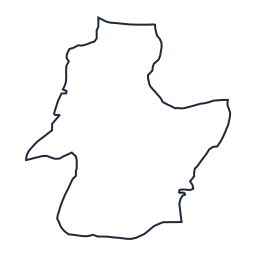 Qafl Shammar, Hajjah, Yemen, rotated 269°
{"feature_id": "15242507B49516524141793", "entity_name": "Qafl Shammar", "entity_type": "district", "adm_level": 2, "iso_a3": "YEM", "parent_name": "Yemen", "parent_adm1": "Hajjah", "projection": "natural_earth1", "projection_center": [43.357, 15.907], "detail": "fine", "context": "isolated", "style": "outline", "palette": "slate", "viewbox_px": 256, "rotation_deg": 269, "n_neighbors": 0, "source": "geoboundaries", "source_scale": "gbopen_adm2", "svg_char_len": 2625}
<svg xmlns="http://www.w3.org/2000/svg" viewBox="0 0 256 256"><g transform="rotate(269 128 128)"><path d="M97.7,25.6L101.5,42.1L101.5,46.4L99.9,50.3L98.5,54.3L98.6,59.1L100.6,62.5L102.4,66.9L104.4,71.4L100.6,75.3L96.7,76.2L92.9,76.1L92.4,76.1L89.0,76.0L85.0,75.1L82.7,75.1L81.1,75.1L78.1,71.9L74.2,69.9L70.1,67.9L66.1,65.9L65.5,65.5L61.8,63.6L59.7,62.7L57.6,61.8L54.0,60.3L50.4,58.9L46.7,57.8L42.7,56.4L38.7,55.6L36.6,56.7L35.0,57.4L31.3,58.7L27.9,60.9L25.1,63.6L22.7,66.9L22.2,71.4L21.4,76.2L20.7,81.0L20.5,85.6L21.8,91.2L20.0,96.0L19.9,101.3L19.7,105.8L18.9,111.1L18.5,115.6L17.9,120.3L17.2,125.1L17.2,125.5L17.1,129.6L18.1,134.1L19.8,138.2L21.8,142.5L24.5,146.2L27.1,149.2L29.6,152.5L31.6,157.2L33.2,161.5L33.0,179.9L51.4,178.0L55.9,179.2L56.1,179.3L59.3,181.2L60.0,182.5L60.0,183.2L60.2,183.7L60.5,184.0L61.0,183.9L61.7,183.5L62.3,182.7L62.4,181.8L62.4,180.4L62.4,180.2L62.2,178.6L62.8,177.9L65.2,178.5L65.5,180.8L65.5,182.1L65.5,183.1L65.4,185.1L65.1,186.3L65.0,188.3L65.0,189.3L65.8,191.6L66.2,192.2L68.8,191.7L70.0,191.4L73.6,189.1L76.0,191.2L77.8,192.6L78.7,193.4L81.0,193.2L83.2,193.5L86.3,194.2L89.1,197.1L89.3,197.2L94.6,201.1L100.9,206.1L105.1,208.7L107.7,212.7L108.0,217.0L109.4,217.9L113.0,220.4L117.1,222.7L121.6,224.8L122.3,225.1L122.9,225.4L125.4,226.4L129.3,228.2L133.0,229.0L136.9,230.0L141.2,230.4L145.1,229.3L146.3,228.9L148.8,227.9L152.7,228.0L153.8,228.2L154.3,228.3L154.4,226.6L154.4,222.4L154.1,218.0L153.8,213.8L152.5,209.7L151.5,205.3L150.9,200.5L149.8,196.3L149.5,195.4L148.6,191.7L147.5,187.3L146.6,182.8L146.9,179.3L147.1,177.9L146.9,175.5L149.8,170.0L150.8,167.8L153.5,163.0L157.2,161.3L158.1,160.5L162.7,156.6L169.0,151.2L171.4,150.1L174.0,149.6L177.6,148.9L180.5,148.9L184.9,153.3L188.1,153.8L189.0,154.0L191.7,154.9L195.7,159.7L199.5,161.4L203.5,162.1L208.0,163.0L212.5,163.0L216.7,161.2L219.7,158.7L223.4,157.7L227.2,157.0L230.8,156.8L231.1,155.5L231.0,150.6L231.0,145.8L231.1,141.1L231.3,136.0L231.5,131.4L232.1,126.4L232.6,122.2L233.2,116.8L233.6,112.4L234.7,108.1L236.9,104.0L238.9,100.3L237.7,100.3L233.8,100.2L229.8,100.1L226.2,98.4L222.4,98.3L218.3,98.3L218.0,98.1L215.0,95.9L214.0,92.5L212.3,87.9L211.2,83.3L211.5,79.5L211.2,78.9L209.3,75.4L208.0,70.8L203.3,68.4L202.7,68.3L199.4,67.7L195.6,70.0L191.5,67.6L187.6,67.2L183.7,67.1L183.1,67.1L179.0,67.1L175.1,66.7L171.2,65.4L167.6,63.5L166.2,67.1L163.7,66.8L163.6,62.0L160.1,60.4L156.4,58.5L143.8,54.3L142.3,55.3L142.3,59.0L141.9,59.6L141.4,59.3L133.5,52.2L133.1,52.2L127.1,52.0L120.9,43.8L118.5,40.4L115.9,37.1L113.0,34.1L109.8,31.1L106.8,28.5L103.3,26.5L99.2,25.6L97.7,25.6Z" fill="none" stroke="#1e293b" stroke-width="2"/></g></svg>